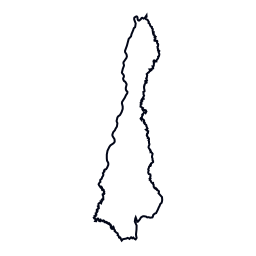 the district of Aruanã, Goiás, Brazil
{"feature_id": "56859067B62822516330396", "entity_name": "Aruanã", "entity_type": "district", "adm_level": 2, "iso_a3": "BRA", "parent_name": "Brazil", "parent_adm1": "Goiás", "projection": "natural_earth1", "projection_center": [-50.939, -14.716], "detail": "fine", "context": "isolated", "style": "outline", "palette": "ink", "viewbox_px": 256, "rotation_deg": 0, "n_neighbors": 0, "source": "geoboundaries", "source_scale": "gbopen_adm2", "svg_char_len": 5920}
<svg xmlns="http://www.w3.org/2000/svg" viewBox="0 0 256 256"><path d="M108.3,164.9L107.0,167.9L106.1,169.2L104.7,169.6L104.1,170.4L104.5,171.0L104.3,171.6L103.8,171.8L103.4,172.9L102.9,173.2L103.4,174.8L102.9,176.1L102.1,177.2L101.7,178.7L100.4,179.7L100.2,180.5L100.4,181.9L99.6,182.5L98.6,184.2L99.0,185.2L100.4,187.2L100.7,186.6L101.3,186.6L102.0,187.6L102.0,189.4L102.2,190.0L102.8,189.9L102.8,189.2L103.8,190.1L103.7,190.9L104.2,191.6L103.8,192.2L104.4,193.3L104.2,193.9L103.1,194.0L102.6,194.3L102.7,195.1L103.2,196.0L103.3,199.1L102.4,199.1L102.0,199.5L102.7,200.0L101.7,201.5L101.2,201.4L101.5,202.0L101.1,203.3L100.0,202.5L98.5,203.7L98.4,206.2L97.9,206.4L98.2,207.1L98.7,206.8L98.8,208.3L97.2,209.4L97.6,209.7L97.5,210.8L96.8,210.6L96.6,211.2L97.0,212.1L96.2,213.2L95.7,213.3L95.7,214.0L96.3,214.8L95.6,215.3L95.6,216.0L94.5,216.1L94.7,217.4L94.3,217.3L93.8,217.7L94.3,218.5L95.3,218.9L95.5,220.6L95.2,221.1L96.2,221.2L96.6,219.7L97.1,219.7L97.5,218.6L98.2,218.6L98.8,219.5L98.8,220.1L99.3,220.4L99.3,221.1L100.1,221.2L100.1,220.5L100.6,219.9L100.9,220.6L101.8,220.6L102.3,221.0L102.6,220.7L103.6,220.4L104.6,221.3L104.2,221.6L104.5,222.2L105.4,222.3L105.8,222.1L106.2,222.6L107.6,223.4L107.5,222.6L108.0,222.9L108.7,223.8L109.3,223.4L109.7,224.0L110.3,224.4L110.0,224.8L110.4,225.5L110.9,225.4L111.6,226.4L110.8,226.9L110.8,227.5L111.5,228.6L112.0,228.5L112.3,228.9L113.0,228.6L113.0,227.8L113.5,227.1L113.8,227.9L114.0,229.2L114.9,230.3L114.6,231.0L116.1,232.4L117.6,233.4L117.9,234.7L117.7,235.2L118.3,235.5L118.9,236.7L119.0,237.5L119.6,237.8L120.2,237.5L120.5,237.9L120.5,238.5L121.3,239.3L121.2,239.8L121.7,240.6L122.9,239.2L126.6,238.5L127.4,237.9L128.4,238.2L129.5,238.9L131.1,237.3L132.2,238.3L133.2,237.5L134.5,238.8L135.6,239.4L136.6,237.9L136.2,236.1L136.0,234.4L136.5,229.5L136.6,225.5L134.8,221.5L135.3,218.4L135.7,217.4L137.3,221.8L137.9,221.7L139.9,219.3L140.9,217.5L142.6,216.4L143.8,216.2L146.1,216.6L147.2,217.4L148.7,217.2L150.1,217.7L152.4,217.4L152.9,216.4L153.3,214.9L154.6,213.7L156.1,213.1L158.0,209.3L158.8,207.3L159.4,206.3L160.3,204.0L161.6,202.8L162.0,201.3L162.2,199.9L162.0,197.1L158.5,193.2L158.9,192.4L159.0,191.6L158.6,190.8L157.2,190.2L157.1,189.4L156.1,188.4L155.9,189.0L154.5,188.1L154.2,187.3L153.7,186.8L153.6,184.7L153.2,184.3L153.1,183.1L152.6,183.3L151.6,182.5L151.0,181.6L150.7,180.7L149.7,179.9L150.4,178.7L149.8,178.4L150.3,177.8L150.2,176.9L150.6,176.0L150.3,174.4L148.8,174.0L148.2,172.7L148.4,171.0L148.7,170.5L148.2,169.2L148.7,168.4L149.1,166.6L149.7,166.0L150.5,166.0L150.9,165.1L150.4,164.7L150.9,164.2L150.9,163.6L153.1,162.1L153.1,161.0L152.6,160.4L152.5,158.5L152.0,157.2L152.0,156.3L152.6,153.8L151.8,152.7L151.2,152.3L151.0,151.6L150.5,151.9L150.4,151.0L150.0,150.3L150.2,149.7L149.1,148.6L148.5,147.2L148.8,145.9L149.4,144.6L149.3,143.6L149.0,143.1L149.0,141.2L148.5,140.4L149.0,139.6L148.9,138.3L148.4,137.8L147.9,137.9L148.0,137.3L147.3,136.6L146.8,135.5L147.2,135.0L146.9,134.6L147.1,133.5L147.9,133.1L148.2,131.2L146.6,130.4L146.9,129.6L146.3,129.4L147.5,128.6L146.3,126.0L146.4,125.3L146.0,124.7L144.9,124.1L144.5,123.5L144.8,122.9L144.4,122.6L143.9,122.5L143.9,121.9L143.7,121.5L144.2,121.0L143.9,120.1L142.5,119.0L141.5,119.1L141.4,119.7L140.6,118.7L141.0,117.9L141.9,117.4L142.1,116.0L142.5,115.4L142.3,114.7L142.9,114.6L143.0,113.9L143.5,113.5L144.0,112.4L145.1,112.4L145.6,113.0L146.4,111.5L146.1,111.0L145.9,110.4L144.6,109.9L143.5,110.5L142.9,110.4L142.7,109.8L142.9,108.5L142.3,108.7L142.2,107.7L141.6,107.2L140.5,106.6L140.7,105.3L140.7,104.1L141.5,103.9L141.5,102.9L140.9,102.4L142.0,101.3L141.5,100.9L142.0,100.5L141.5,100.0L141.8,99.4L142.5,99.6L142.8,99.0L143.7,98.8L143.5,98.2L142.9,97.8L144.1,95.6L143.5,94.3L143.5,92.8L143.3,92.0L144.5,91.3L144.5,90.1L144.3,89.5L144.0,87.6L144.2,86.9L144.0,86.2L144.5,85.4L144.5,84.6L145.5,83.2L146.6,82.6L146.6,81.8L146.2,81.5L145.3,81.6L145.3,80.9L146.9,80.2L146.6,79.5L146.7,78.8L146.2,78.3L147.0,77.0L146.9,76.3L147.2,75.3L146.7,74.1L147.4,73.5L147.9,72.8L148.8,72.4L149.3,71.5L150.0,71.1L150.1,69.9L149.7,69.4L150.6,69.3L150.9,70.1L151.4,70.2L152.1,68.7L153.1,68.4L152.6,66.4L153.4,66.5L153.9,65.0L153.8,63.7L154.7,62.0L153.8,62.2L153.5,61.8L153.5,61.2L153.8,60.5L154.4,60.4L154.9,60.8L156.4,61.3L156.5,60.5L157.0,59.5L158.0,58.5L158.2,57.9L158.1,56.7L158.8,56.5L159.3,54.8L159.3,53.9L158.6,52.1L159.3,51.0L158.8,50.5L158.2,50.7L157.9,50.0L158.1,48.9L157.7,48.5L157.7,47.6L157.4,46.9L158.0,46.2L158.2,44.6L158.0,43.9L157.3,43.6L157.0,42.2L157.3,41.6L157.2,41.0L156.7,40.7L155.6,40.9L154.5,40.7L154.4,40.0L155.4,38.5L155.1,37.6L155.6,36.8L155.1,36.6L154.6,36.8L154.7,35.5L153.7,34.9L153.7,32.9L153.1,33.4L152.9,32.7L153.0,31.9L152.6,30.8L152.8,29.1L152.0,28.4L151.8,27.8L151.9,27.0L150.7,26.4L150.1,25.3L149.7,23.8L148.5,22.9L148.8,21.9L147.5,19.8L146.0,19.2L145.5,18.7L145.4,18.0L146.2,16.9L146.6,16.7L146.5,15.4L144.9,17.8L143.5,18.6L142.3,17.8L141.8,17.9L141.4,18.2L140.8,19.2L139.3,20.5L138.6,20.5L138.1,20.2L137.6,19.1L137.5,17.5L137.2,16.8L136.7,16.4L135.9,16.6L134.5,17.5L134.2,18.0L134.2,19.5L135.7,23.5L135.2,26.7L135.0,27.3L134.1,27.9L133.7,28.5L133.3,29.9L131.5,34.2L131.0,36.4L128.7,38.9L126.9,45.7L125.0,50.9L125.1,52.1L126.5,54.4L126.9,56.4L126.4,58.0L123.5,62.2L123.4,63.2L124.0,65.2L123.9,65.9L122.8,68.8L121.9,72.5L122.2,73.3L123.3,74.5L123.9,75.7L123.9,76.8L123.3,77.9L123.1,78.7L123.3,79.6L124.0,81.0L125.2,81.7L126.4,83.7L126.6,84.6L125.8,87.8L125.8,89.2L126.2,90.5L127.4,91.7L127.4,92.6L127.2,93.4L126.0,95.1L124.8,97.7L122.1,101.9L121.9,103.3L122.7,106.5L122.7,108.9L121.6,112.1L120.3,114.5L119.9,115.1L118.1,116.4L117.4,117.5L116.6,120.9L116.7,121.5L117.4,123.2L116.9,126.6L115.5,128.8L115.0,130.1L113.2,132.2L112.4,134.5L112.4,135.5L112.7,136.3L114.5,139.2L114.7,141.3L114.5,142.1L113.5,143.3L110.5,145.3L109.4,146.8L107.5,150.7L106.8,154.6L106.8,158.4L107.0,160.4L107.3,161.2L108.1,162.5L108.3,163.3L108.3,164.9Z" fill="none" stroke="#020617" stroke-width="2"/></svg>